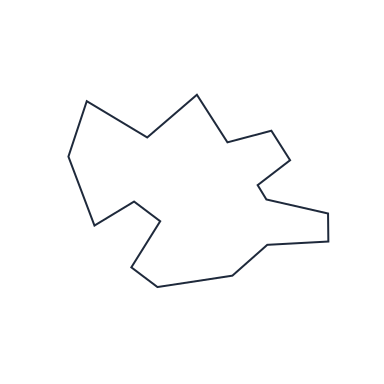 an SVG outline of Bucharest, rotated 307°
{"feature_id": "ROU-128", "entity_name": "Bucharest", "entity_type": "City", "adm_level": 1, "iso_a3": "ROU", "parent_name": "Romania", "parent_adm1": "", "projection": "natural_earth1", "projection_center": [26.1, 44.46], "detail": "fine", "context": "isolated", "style": "outline", "palette": "slate", "viewbox_px": 384, "rotation_deg": 307, "n_neighbors": 0, "source": "natural_earth", "source_scale": "10m", "svg_char_len": 389}
<svg xmlns="http://www.w3.org/2000/svg" viewBox="0 0 384 384"><g transform="rotate(307 192 192)"><path d="M201.2,53.3L208.6,123.4L272.6,137.4L253.0,190.4L288.7,218.5L276.4,251.2L237.0,240.3L230.8,255.9L256.7,313.6L234.5,330.7L195.1,283.9L149.5,274.6L95.3,221.6L95.3,188.9L149.5,184.2L149.5,151.5L106.5,134.3L145.9,72.0L201.2,53.3Z" fill="none" stroke="#1e293b" stroke-width="2"/></g></svg>